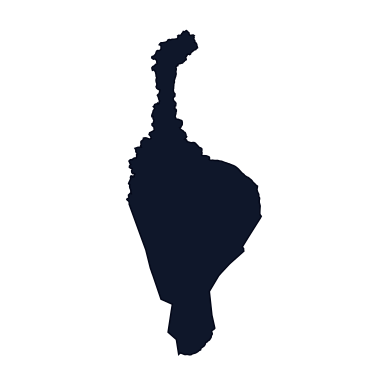 Ruy Barbosa, Bahia, Brazil (Mercator projection), rotated 260°
{"feature_id": "56859067B94227809575863", "entity_name": "Ruy Barbosa", "entity_type": "district", "adm_level": 2, "iso_a3": "BRA", "parent_name": "Brazil", "parent_adm1": "Bahia", "projection": "mercator", "projection_center": [-40.44, -12.266], "detail": "fine", "context": "isolated", "style": "filled", "palette": "ink", "viewbox_px": 384, "rotation_deg": 260, "n_neighbors": 0, "source": "geoboundaries", "source_scale": "gbopen_adm2", "svg_char_len": 5587}
<svg xmlns="http://www.w3.org/2000/svg" viewBox="0 0 384 384"><g transform="rotate(260 192 192)"><path d="M193.7,252.4L194.4,251.7L195.4,250.9L196.5,249.9L197.4,248.5L198.3,247.6L199.1,246.7L200.2,246.2L201.1,245.4L201.9,244.6L203.0,243.9L204.1,243.2L205.2,242.5L206.4,241.8L207.4,241.0L208.6,240.0L209.7,238.9L210.7,237.6L211.7,235.9L212.7,234.3L213.3,233.4L213.7,232.4L214.5,231.2L215.1,229.9L215.9,228.5L216.8,227.1L217.3,226.1L217.7,224.6L218.2,223.7L218.7,222.4L218.9,220.7L219.3,219.1L219.8,217.8L219.8,216.6L220.2,215.4L221.1,214.4L222.4,215.2L223.5,215.0L224.3,213.9L225.1,212.5L225.5,211.1L225.7,209.7L226.4,208.0L227.6,208.1L228.7,208.7L230.1,208.5L231.5,209.0L232.7,209.2L233.6,208.6L234.2,207.7L234.8,206.7L236.0,206.0L237.1,205.4L237.9,204.7L239.4,203.9L240.3,202.7L240.6,201.6L240.5,200.4L241.0,198.8L241.8,197.4L242.4,196.0L244.0,195.7L244.8,194.9L245.3,193.9L246.4,195.4L247.4,196.4L248.6,195.8L249.8,196.0L251.8,195.5L252.6,194.4L253.7,193.9L254.4,193.0L255.1,192.3L256.2,191.4L257.4,191.0L257.7,192.2L258.8,192.9L259.9,194.0L262.0,194.5L263.7,194.5L264.5,193.7L265.1,192.4L265.9,191.3L266.3,189.8L266.7,188.9L267.9,188.8L269.1,188.4L270.4,188.9L271.3,189.4L272.3,189.8L273.3,190.0L274.3,190.6L275.5,190.8L276.4,190.4L277.2,189.2L278.3,189.9L279.6,189.8L279.7,190.9L280.8,191.2L282.2,191.6L283.8,190.8L284.6,190.1L285.9,189.7L287.3,189.6L288.5,190.3L289.1,191.6L290.3,192.0L291.6,192.3L293.0,191.4L294.6,191.2L296.3,191.4L297.3,191.9L298.5,192.1L299.9,192.5L301.4,192.8L303.3,193.8L304.7,193.8L306.6,194.8L307.7,195.3L308.6,195.9L309.6,196.3L311.0,196.9L312.3,196.9L313.7,197.0L314.9,197.6L316.0,197.9L317.7,197.7L318.7,198.7L318.9,200.0L320.0,200.1L320.5,201.3L320.5,202.8L320.7,203.9L320.7,205.1L321.6,206.0L322.0,207.0L322.8,207.8L323.3,209.3L324.3,209.3L325.6,209.0L326.6,210.0L327.5,210.9L328.4,211.3L328.3,212.6L327.7,213.5L328.1,214.5L329.1,214.9L329.8,215.6L330.3,216.9L330.9,217.8L331.6,219.1L331.6,220.4L332.5,221.2L333.1,222.5L334.2,222.4L335.3,222.2L336.6,222.3L338.1,221.8L338.9,220.5L339.9,221.1L340.9,220.9L342.4,220.1L343.6,220.9L344.7,220.5L345.5,221.4L346.4,220.5L346.5,219.2L346.4,218.0L346.9,216.9L348.0,216.5L349.1,216.7L350.2,215.8L351.1,215.3L352.0,214.4L351.0,212.4L351.6,211.3L350.5,210.5L349.6,209.3L348.7,208.9L348.3,207.3L348.7,206.0L348.2,205.0L347.2,205.3L346.1,204.6L345.4,203.7L345.5,202.6L345.5,201.1L345.8,199.4L345.8,198.1L345.5,196.9L346.2,196.0L345.9,194.7L344.7,193.8L344.2,192.5L344.1,191.1L344.1,189.9L344.1,188.8L344.4,187.4L343.4,185.9L342.7,185.3L341.9,186.7L340.7,186.8L339.6,186.6L338.0,186.2L337.2,185.3L336.9,184.1L337.3,182.8L336.9,181.6L335.5,180.8L334.1,180.1L333.3,179.0L332.5,177.9L332.3,176.1L331.1,175.6L330.1,176.4L329.4,177.3L329.6,178.8L328.3,179.6L327.1,180.1L325.8,179.8L324.8,180.2L324.1,179.3L324.0,178.2L322.9,177.1L322.3,175.1L321.2,174.0L319.7,174.1L318.7,174.2L319.0,175.5L317.7,176.3L316.7,177.0L315.8,176.8L314.7,177.0L313.5,176.9L311.9,176.8L310.5,177.2L309.4,176.3L307.8,175.9L306.4,175.9L305.1,176.2L303.3,175.9L301.9,174.9L300.3,175.3L298.8,176.7L298.1,178.1L297.0,177.8L296.0,177.3L294.6,176.8L294.0,175.6L293.3,174.7L291.8,175.2L290.5,175.4L289.4,175.4L288.4,175.6L287.3,176.0L286.3,175.2L284.9,174.8L284.4,173.9L285.5,173.5L284.8,172.5L284.9,171.4L284.6,170.4L283.4,169.7L282.8,168.7L282.0,169.3L280.9,169.8L279.7,168.9L278.6,167.8L277.1,167.3L275.6,166.3L274.2,165.6L273.1,165.6L273.0,166.7L271.3,166.4L270.2,166.6L269.4,167.1L268.1,166.4L266.8,166.1L266.2,164.5L264.8,164.2L263.5,165.1L262.2,165.9L260.8,165.6L259.5,165.6L258.9,164.6L258.2,162.5L257.7,160.6L256.0,159.7L254.8,160.6L253.1,161.1L251.9,161.1L251.4,159.6L252.1,158.2L253.1,156.6L253.5,155.2L253.5,153.5L252.2,153.2L251.4,152.0L250.7,150.6L249.3,150.2L247.6,150.2L246.2,149.3L245.1,149.8L245.1,148.4L245.4,146.6L245.2,145.4L244.9,143.4L243.3,144.0L241.4,143.7L239.9,144.4L238.9,144.9L238.4,143.9L236.7,143.7L235.2,143.1L235.5,141.1L234.9,139.7L234.2,138.7L234.5,137.6L234.3,136.5L233.4,135.3L232.0,135.7L230.8,135.9L229.9,136.5L229.2,135.8L228.5,135.0L227.2,134.6L226.2,135.6L225.6,137.1L224.6,137.0L223.4,136.2L221.7,136.1L220.5,136.7L220.7,137.7L219.6,138.9L218.6,137.7L217.2,137.6L217.0,136.1L218.1,135.9L218.5,134.8L217.3,133.9L216.0,134.0L214.7,133.3L213.7,132.6L212.5,131.7L211.2,131.0L210.0,132.0L208.1,131.5L206.3,131.6L205.1,132.0L203.9,132.0L202.5,131.8L201.0,131.9L201.5,131.0L200.9,130.2L200.0,128.9L198.8,128.8L197.8,129.1L196.7,128.1L196.7,127.1L195.9,126.5L195.0,127.1L194.0,128.1L192.2,128.4L191.0,128.0L155.3,134.3L143.0,136.5L124.3,137.8L122.0,138.2L119.2,138.6L116.5,139.1L91.8,142.9L84.9,153.2L77.4,150.6L69.6,148.0L58.1,144.1L49.5,151.0L34.4,150.7L35.2,151.9L35.4,153.0L34.8,154.0L34.0,155.3L33.3,156.4L33.0,157.6L33.0,158.9L32.5,160.2L32.0,161.6L32.0,163.1L32.6,164.3L32.7,165.7L32.9,167.6L33.4,169.0L33.9,170.2L34.7,171.4L35.0,173.0L36.6,173.7L37.5,175.6L38.0,176.7L38.6,177.6L39.9,178.6L41.4,179.3L41.7,180.7L42.6,181.8L43.2,183.4L44.3,184.5L45.6,185.6L47.2,186.1L48.4,187.2L49.5,187.4L50.7,187.0L52.2,187.6L52.9,189.6L53.9,190.8L67.3,190.2L91.1,191.8L105.0,203.8L107.5,206.9L114.5,216.2L115.8,218.2L124.8,232.8L125.8,232.7L127.2,233.0L128.3,232.5L129.1,231.9L137.0,238.9L148.7,249.5L154.4,254.7L156.1,256.0L157.4,255.3L158.4,255.0L159.4,255.1L160.4,255.3L161.8,255.6L164.0,256.1L166.4,256.7L168.0,256.6L169.9,256.4L171.1,256.6L172.2,256.8L173.3,257.3L174.4,257.5L176.2,256.9L177.6,257.3L178.8,257.2L180.2,256.7L181.5,256.5L183.1,256.4L184.3,256.8L185.3,257.2L186.4,257.5L187.3,256.6L188.2,255.7L189.4,255.2L190.6,254.0L192.4,253.2L193.7,252.4Z" fill="#0f172a" stroke="#020617" stroke-width="1.5"/></g></svg>